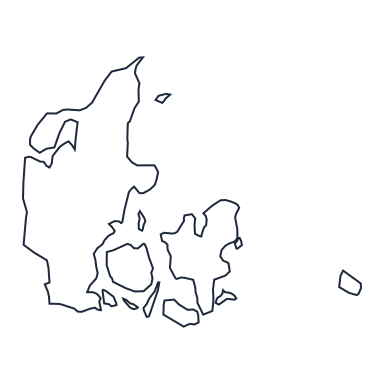 an SVG outline of Denmark
{"feature_id": "DNK", "entity_name": "Denmark", "entity_type": "country or territory", "adm_level": 0, "iso_a3": "DNK", "parent_name": "Europe", "parent_adm1": "", "projection": "mercator", "projection_center": [10.731, 56.183], "detail": "fine", "context": "isolated", "style": "outline", "palette": "slate", "viewbox_px": 384, "rotation_deg": 0, "n_neighbors": 0, "source": "natural_earth", "source_scale": "50m", "svg_char_len": 3621}
<svg xmlns="http://www.w3.org/2000/svg" viewBox="0 0 384 384"><path d="M101.0,310.2L100.3,310.2L97.2,309.4L95.0,307.7L89.4,308.9L81.8,311.8L77.6,311.6L74.3,308.6L60.7,304.2L58.5,303.9L49.5,303.7L49.0,296.7L47.9,291.7L44.8,284.3L49.5,282.5L48.5,267.9L46.9,260.3L33.8,252.4L23.6,244.8L25.9,219.0L26.9,212.0L23.0,198.4L23.4,182.7L25.1,157.8L28.4,156.8L30.7,157.0L40.0,161.5L43.8,161.9L46.5,165.9L49.5,167.5L51.8,163.3L52.6,156.0L60.0,146.6L65.1,143.1L68.6,141.4L72.1,145.2L74.8,149.5L75.5,140.1L77.6,122.2L70.7,119.4L65.0,121.8L59.4,133.2L54.4,147.4L46.2,148.8L39.7,152.8L33.9,148.6L30.1,144.9L30.0,139.5L30.9,136.3L37.8,124.6L47.0,113.4L56.3,113.5L63.1,109.9L67.1,109.5L79.7,110.3L86.2,107.8L92.1,102.6L104.6,80.7L111.7,71.5L126.0,68.2L139.2,57.6L142.9,57.4L136.7,65.4L135.7,68.4L134.9,73.1L139.4,83.3L138.5,89.5L138.8,101.7L134.6,108.0L129.8,121.4L127.8,123.3L127.3,138.9L127.8,142.6L127.1,156.6L132.0,162.4L137.1,165.4L154.3,165.3L156.0,167.8L158.1,172.1L156.6,179.4L154.8,185.0L149.8,189.6L143.4,193.1L139.5,193.2L134.1,186.6L131.5,188.8L128.9,192.1L124.4,210.1L122.3,222.1L121.2,223.1L118.7,221.3L114.4,221.2L108.9,224.0L111.7,226.6L114.7,231.0L113.5,233.2L108.7,235.6L104.4,240.4L102.6,244.1L97.2,248.4L93.8,253.9L95.5,260.7L96.2,266.6L97.7,273.1L96.3,278.3L89.7,285.8L87.2,292.2L92.9,292.2L96.4,293.6L98.5,295.5L100.6,298.2L99.3,301.6L101.0,310.2ZM237.3,229.0L237.4,237.5L236.1,240.0L234.3,241.7L229.5,243.4L225.3,245.8L221.6,250.1L220.2,256.2L223.1,260.6L228.4,263.0L229.8,271.4L225.4,275.6L214.2,279.7L213.0,289.7L213.4,297.5L213.2,303.2L212.3,311.0L203.2,314.6L197.4,302.7L197.3,297.9L195.6,292.3L195.3,287.5L193.2,279.8L184.6,277.8L181.3,277.5L176.6,278.9L175.5,278.3L169.9,267.9L170.8,256.2L167.9,250.4L167.4,247.7L167.5,244.7L165.1,242.3L162.1,241.0L160.7,234.4L164.1,232.8L172.5,233.6L175.0,233.1L177.2,231.8L184.0,220.9L183.8,218.5L184.6,215.4L191.9,214.2L195.2,218.4L194.5,225.2L195.0,233.8L199.4,236.1L201.2,236.5L203.0,230.1L204.3,227.0L206.1,225.3L206.7,219.5L205.7,215.9L203.4,213.3L211.8,206.0L220.4,200.3L225.4,200.0L230.5,201.4L235.2,203.3L237.7,205.0L239.2,207.7L236.0,214.0L235.1,217.5L237.3,229.0ZM144.6,244.0L146.6,248.4L149.1,257.9L153.0,268.4L151.3,272.8L152.5,278.5L151.3,284.3L143.6,291.2L134.8,291.5L125.8,288.2L113.0,281.8L112.0,278.3L110.2,276.3L106.7,265.4L106.8,252.0L113.2,250.3L127.3,243.9L130.6,244.9L133.9,248.2L137.9,248.4L143.5,243.7L144.6,244.0ZM179.1,304.6L187.6,309.8L193.4,309.5L197.3,311.7L198.2,315.0L198.6,322.4L194.5,324.5L189.9,323.8L183.7,326.6L163.4,314.6L163.7,304.5L164.5,300.5L174.1,299.6L179.1,304.6ZM358.6,293.7L356.8,295.1L348.8,292.8L339.1,287.0L340.6,275.5L343.1,270.6L360.7,283.4L361.0,288.2L358.6,293.7ZM148.9,316.4L146.7,316.9L143.8,310.1L143.5,308.0L146.9,303.7L149.1,298.7L154.8,291.2L158.1,282.3L159.3,282.4L157.9,290.3L150.4,312.3L148.9,316.4ZM116.5,305.1L111.5,306.3L108.9,304.2L104.2,303.4L102.5,290.5L103.0,289.8L105.4,290.7L113.5,296.7L116.3,303.3L116.5,305.1ZM236.3,298.4L234.5,299.7L227.1,298.8L218.7,304.6L215.6,302.7L216.8,299.0L217.6,297.7L220.4,296.1L222.3,293.8L223.1,290.2L224.8,292.1L230.0,292.9L232.5,294.1L234.6,295.8L236.3,298.4ZM142.8,229.2L142.0,230.7L138.9,229.1L138.6,223.5L139.7,218.6L138.4,214.1L139.9,211.2L144.2,217.9L145.4,221.0L143.7,224.8L142.8,229.2ZM164.2,100.8L162.2,102.9L155.6,100.0L158.5,95.8L165.8,93.9L170.1,94.6L165.4,98.7L164.2,100.8ZM136.9,308.3L133.6,309.2L129.9,307.4L123.9,300.5L123.2,298.7L126.3,299.9L130.2,303.4L133.4,304.2L137.8,307.3L136.9,308.3ZM241.9,245.1L237.4,248.7L236.4,248.5L234.9,243.5L237.3,240.5L238.7,237.9L239.7,238.0L241.1,240.8L241.9,245.1Z" fill="none" stroke="#1e293b" stroke-width="2"/></svg>